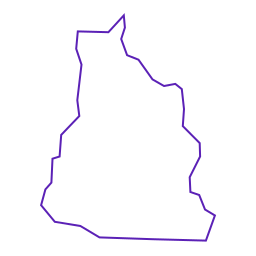 Cook, Georgia, United States of America
{"feature_id": "52423323B52740470378798", "entity_name": "Cook", "entity_type": "district", "adm_level": 2, "iso_a3": "USA", "parent_name": "United States of America", "parent_adm1": "Georgia", "projection": "robinson", "projection_center": [-83.428, 31.189], "detail": "fine", "context": "isolated", "style": "outline", "palette": "violet", "viewbox_px": 256, "rotation_deg": 0, "n_neighbors": 0, "source": "geoboundaries", "source_scale": "gbopen_adm2", "svg_char_len": 531}
<svg xmlns="http://www.w3.org/2000/svg" viewBox="0 0 256 256"><path d="M123.8,15.4L108.4,32.2L77.8,31.4L76.2,48.8L81.5,64.6L77.3,100.2L79.3,116.0L61.2,134.9L59.6,156.5L52.5,158.7L51.4,182.6L45.4,189.4L41.1,205.2L54.8,221.8L80.4,226.0L99.5,237.4L152.5,239.2L205.9,240.6L214.9,215.5L205.0,209.5L199.2,195.0L190.4,192.0L189.7,177.2L200.1,156.5L199.7,143.1L182.8,126.1L184.0,109.1L181.8,89.1L175.3,83.9L164.0,86.0L152.5,79.4L138.5,59.7L127.1,55.2L121.2,39.0L124.9,27.6L123.8,15.4Z" fill="none" stroke="#5b21b6" stroke-width="2"/></svg>